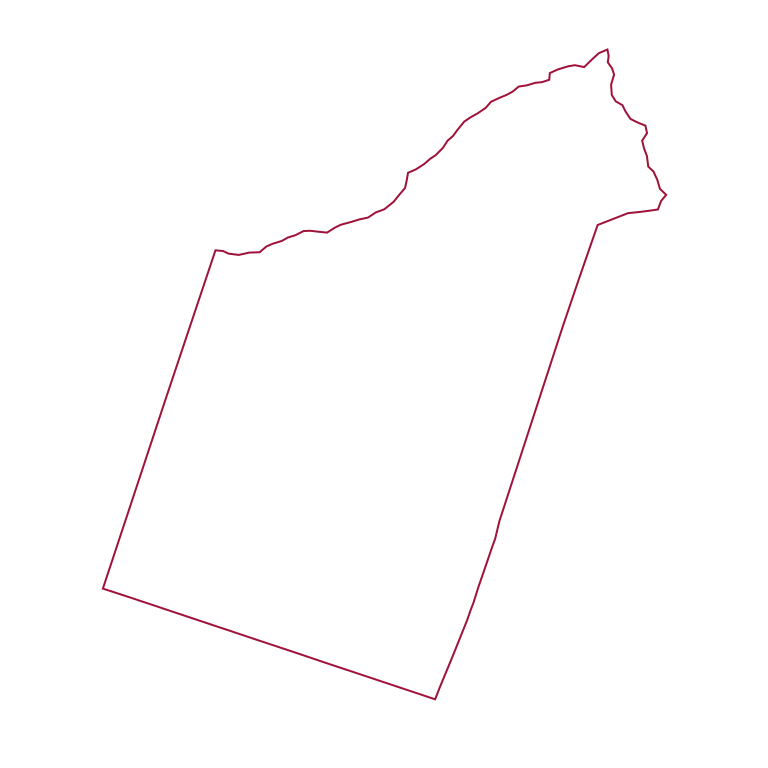 the district of Glória de Dourados, Mato Grosso do Sul, Brazil, rotated 266°
{"feature_id": "56859067B89465609362006", "entity_name": "Glória de Dourados", "entity_type": "district", "adm_level": 2, "iso_a3": "BRA", "parent_name": "Brazil", "parent_adm1": "Mato Grosso do Sul", "projection": "orthographic", "projection_center": [-54.122, -22.429], "detail": "fine", "context": "isolated", "style": "outline", "palette": "rose", "viewbox_px": 768, "rotation_deg": 266, "n_neighbors": 0, "source": "geoboundaries", "source_scale": "gbopen_adm2", "svg_char_len": 1458}
<svg xmlns="http://www.w3.org/2000/svg" viewBox="0 0 768 768"><g transform="rotate(266 384 384)"><path d="M199.5,89.3L190.4,111.8L155.1,197.2L137.5,239.7L119.1,284.4L110.8,304.2L65.9,413.0L77.1,418.3L106.8,433.1L142.7,450.5L152.3,454.6L160.0,458.2L175.1,464.1L185.6,468.6L199.3,474.4L213.6,480.4L221.9,484.1L239.0,489.5L423.1,564.0L429.5,566.6L461.0,579.8L475.5,585.9L527.7,608.2L537.4,639.3L537.8,651.4L538.4,661.6L539.0,669.4L547.4,673.3L553.0,678.7L559.4,672.9L568.5,670.9L577.1,667.7L582.4,662.8L593.0,662.2L601.1,659.8L608.8,658.5L615.9,663.9L623.5,662.8L627.2,655.2L631.2,648.4L639.3,643.8L645.5,641.3L649.8,634.9L656.4,631.4L666.7,631.4L676.6,635.1L682.8,633.6L689.3,629.7L695.6,631.0L702.1,630.2L699.0,621.3L692.8,613.6L686.2,605.8L688.7,596.7L688.1,590.0L685.7,579.5L682.6,571.1L676.0,570.1L674.1,562.7L673.9,555.9L672.0,547.6L671.3,539.1L666.7,532.7L663.8,526.3L661.2,518.5L658.0,510.3L652.5,504.9L647.5,496.4L644.1,489.1L640.2,482.4L632.6,475.2L626.7,470.2L622.3,464.4L615.4,459.2L608.6,451.4L605.5,445.9L600.5,439.2L595.9,430.8L593.0,422.7L585.3,420.8L578.1,418.7L571.9,412.6L565.0,406.2L558.3,396.5L555.7,387.7L551.1,379.6L549.9,370.9L548.0,362.8L545.9,352.1L543.6,346.4L539.0,337.7L540.6,328.6L542.0,321.1L542.2,314.5L538.6,305.9L536.8,298.2L533.8,291.9L531.6,282.5L529.3,276.1L524.1,269.1L524.5,258.9L522.9,248.1L524.9,238.0L527.9,232.7L529.1,225.2L380.3,163.5L313.7,136.2L199.5,89.3Z" fill="none" stroke="#9f1239" stroke-width="2"/></g></svg>